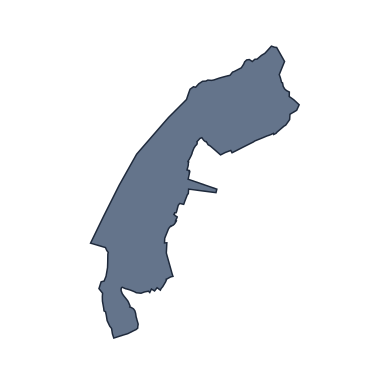 Baile Tusnad, Harghita, Romania (Albers equal-area conic projection), rotated 9°
{"feature_id": "2599482B24277216401355", "entity_name": "Baile Tusnad", "entity_type": "district", "adm_level": 2, "iso_a3": "ROU", "parent_name": "Romania", "parent_adm1": "Harghita", "projection": "albers", "projection_center": [25.861, 46.146], "detail": "fine", "context": "isolated", "style": "filled", "palette": "slate", "viewbox_px": 384, "rotation_deg": 9, "n_neighbors": 0, "source": "geoboundaries", "source_scale": "gbopen_adm2", "svg_char_len": 3065}
<svg xmlns="http://www.w3.org/2000/svg" viewBox="0 0 384 384"><g transform="rotate(9 192 192)"><path d="M247.6,35.5L245.4,38.9L243.5,41.8L242.2,43.7L239.2,46.2L235.5,50.6L233.3,51.1L231.1,53.7L227.9,52.2L225.3,53.0L223.6,55.3L223.1,57.5L221.3,61.6L214.8,66.4L213.3,67.2L211.3,70.8L209.0,71.7L206.7,72.7L204.0,73.9L201.0,75.3L196.1,77.9L193.9,78.7L190.1,79.0L188.3,80.3L185.1,81.0L181.8,84.0L179.2,88.0L177.0,87.8L174.0,90.8L173.3,94.5L172.7,97.9L172.1,101.5L157.2,122.0L152.9,128.8L131.4,163.3L119.1,196.5L108.5,229.8L99.8,258.4L115.2,260.4L116.9,263.0L118.7,264.8L118.6,266.5L119.8,275.0L120.4,279.9L120.3,286.7L120.3,288.6L119.1,293.7L116.3,294.9L115.2,302.0L119.5,305.9L119.8,309.4L120.6,313.8L123.0,320.7L123.7,323.2L125.3,323.8L126.5,326.8L128.3,332.3L131.7,337.3L133.9,339.4L135.6,344.6L137.6,348.5L146.3,344.1L150.7,342.0L156.1,338.1L158.3,336.6L159.7,334.9L159.5,333.7L159.5,330.9L158.1,327.9L157.7,327.1L157.4,326.3L157.0,325.4L156.4,324.2L155.3,320.7L154.1,318.2L152.5,316.6L150.2,315.6L148.5,315.3L148.6,314.5L148.5,314.0L148.1,313.4L146.4,310.7L145.5,309.5L140.6,305.0L139.0,303.3L137.6,300.8L137.3,300.1L137.2,299.2L137.2,298.1L137.4,297.6L137.6,297.2L138.1,297.0L141.4,297.9L143.7,298.1L146.4,298.5L150.8,299.5L152.7,300.2L156.9,300.0L157.6,299.9L159.2,299.0L160.8,298.1L164.5,296.8L166.0,297.9L167.1,294.2L170.5,295.6L172.5,292.0L176.1,293.9L176.5,292.5L176.6,292.2L177.9,290.1L178.8,287.8L180.0,284.8L180.5,282.6L180.2,282.2L181.1,281.6L184.2,279.2L186.4,278.3L185.2,276.0L182.6,270.3L180.9,266.6L177.0,258.1L176.2,256.3L175.1,246.1L172.8,246.6L172.3,241.9L174.6,231.9L174.9,231.3L175.6,230.1L176.4,229.0L176.6,229.1L176.7,228.9L176.9,229.0L177.6,228.4L178.1,228.0L178.5,227.8L178.8,227.4L179.4,226.7L179.4,226.8L180.4,224.8L180.3,223.8L180.5,223.5L180.9,223.6L181.1,222.8L180.3,222.5L181.1,220.1L181.3,219.1L181.3,218.9L181.0,218.7L179.2,218.1L178.1,217.0L177.7,217.0L178.2,215.2L179.5,215.0L179.8,214.0L180.5,207.2L181.7,205.2L185.7,205.5L186.0,204.2L186.2,202.9L187.8,195.5L188.6,194.2L188.2,189.7L215.8,188.9L216.1,185.3L186.2,180.0L186.5,174.0L186.6,172.4L186.0,172.4L186.1,171.6L186.1,171.2L183.6,171.0L184.0,167.8L184.1,166.4L184.1,165.7L184.0,165.0L183.9,164.4L183.7,163.7L184.1,162.9L183.2,162.4L184.2,160.1L185.5,156.1L186.0,154.0L186.0,152.9L187.1,148.1L187.4,147.7L187.6,147.2L187.8,146.6L188.4,145.5L189.3,144.4L189.5,142.7L189.0,141.6L191.5,137.8L193.2,136.8L195.5,139.1L197.4,140.2L198.2,140.0L200.5,142.8L202.9,143.7L208.7,147.3L214.4,150.9L218.8,147.7L223.8,144.9L225.4,147.0L229.7,143.9L234.6,140.3L244.9,132.9L246.0,131.8L253.3,127.4L257.3,124.9L258.7,124.2L261.0,122.9L261.8,122.3L263.2,121.4L263.7,122.4L265.8,120.9L266.3,120.1L266.5,119.7L268.7,117.1L272.5,112.6L274.1,111.3L275.6,108.3L277.1,105.2L276.6,99.9L282.6,94.9L284.2,89.1L278.3,85.1L273.1,82.5L272.5,78.0L269.6,77.1L267.4,75.7L267.0,75.3L266.4,74.4L265.9,73.9L265.5,73.3L265.2,72.4L265.1,72.1L264.9,71.5L264.3,70.0L263.4,69.8L261.3,65.1L259.8,62.4L261.4,55.5L263.0,48.6L253.0,36.0L251.0,36.1L247.6,35.5Z" fill="#64748b" stroke="#1e293b" stroke-width="1.5"/></g></svg>